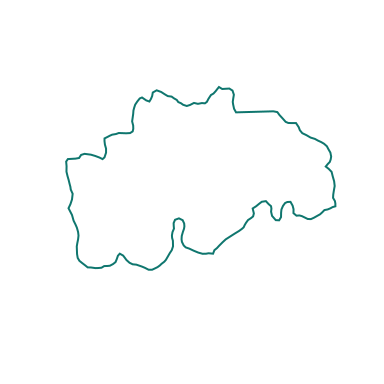 Jardinópolis, São Paulo, Brazil (Natural Earth projection), rotated 316°
{"feature_id": "56859067B66949220623796", "entity_name": "Jardinópolis", "entity_type": "district", "adm_level": 2, "iso_a3": "BRA", "parent_name": "Brazil", "parent_adm1": "São Paulo", "projection": "natural_earth1", "projection_center": [-47.828, -21.002], "detail": "fine", "context": "isolated", "style": "outline", "palette": "teal", "viewbox_px": 384, "rotation_deg": 316, "n_neighbors": 0, "source": "geoboundaries", "source_scale": "gbopen_adm2", "svg_char_len": 3083}
<svg xmlns="http://www.w3.org/2000/svg" viewBox="0 0 384 384"><g transform="rotate(316 192 192)"><path d="M237.2,94.3L232.9,93.2L230.0,95.3L227.2,96.5L224.2,97.3L222.7,94.3L221.7,89.3L219.4,88.4L215.5,88.9L211.8,89.7L208.8,91.3L206.5,92.7L203.9,95.0L200.7,97.5L198.0,99.6L195.8,103.4L193.6,105.8L191.4,107.2L188.4,106.6L185.4,104.0L182.9,101.4L180.3,98.7L177.6,97.5L174.4,95.3L171.9,94.4L169.5,93.7L166.3,92.7L164.5,94.5L162.3,97.4L160.3,101.1L157.5,104.0L153.1,106.3L150.5,106.2L149.4,103.0L147.4,98.8L145.2,94.9L141.2,89.9L138.0,88.3L134.4,89.1L131.3,87.0L125.6,82.1L122.6,82.7L119.7,86.3L115.8,90.2L113.5,94.1L111.6,97.7L109.6,101.1L108.1,103.8L106.5,106.0L104.9,110.4L100.5,114.0L96.1,116.3L91.9,117.9L89.7,125.2L86.9,130.4L85.6,134.5L84.4,137.7L82.3,141.6L80.1,144.5L77.2,146.9L74.0,149.1L71.3,151.1L66.2,156.8L64.0,160.0L63.2,163.3L63.6,166.6L64.2,170.6L64.6,173.8L66.8,176.0L69.7,179.7L71.8,181.6L74.3,183.6L77.4,184.3L79.7,186.4L81.7,188.0L85.2,189.0L88.3,189.3L91.5,187.9L94.4,186.4L97.2,186.2L98.3,189.9L98.0,192.5L97.6,195.4L97.9,199.5L99.1,202.8L101.5,205.6L104.1,210.7L105.4,213.7L106.8,217.8L109.3,220.2L111.9,221.1L115.0,222.1L117.8,222.5L120.1,222.5L123.6,222.9L126.0,222.7L129.9,221.6L133.7,220.5L137.0,219.8L140.6,217.9L144.4,213.8L145.8,211.2L147.4,209.3L150.1,207.3L153.6,205.8L155.3,203.7L157.2,201.6L160.5,200.2L164.3,201.9L165.7,205.8L164.5,209.2L162.7,211.4L160.7,212.9L157.7,214.4L154.1,216.5L151.6,218.8L150.1,220.9L148.9,224.7L149.0,227.5L150.7,230.8L152.4,235.3L154.4,239.9L156.7,243.8L159.3,246.2L161.4,247.6L164.3,251.0L167.7,249.4L171.0,249.7L174.2,249.5L179.0,249.4L183.4,249.5L187.4,250.3L190.9,251.0L194.3,251.7L198.7,252.7L202.3,253.2L204.6,253.3L206.9,252.4L209.4,251.7L212.8,251.1L216.5,251.8L219.0,252.0L221.6,250.4L224.2,246.0L228.2,246.8L232.0,247.1L235.4,247.5L238.8,249.9L238.7,253.8L239.0,257.1L237.6,259.1L235.2,261.1L233.0,264.8L232.7,270.4L235.0,272.9L238.6,271.9L241.7,268.8L244.2,266.7L247.8,265.2L251.3,264.6L253.6,265.4L256.0,267.5L254.9,271.7L253.1,274.9L250.3,277.7L250.7,281.6L253.0,283.5L254.3,285.7L255.5,289.0L256.5,291.8L258.7,294.1L261.8,295.2L264.1,295.8L266.4,296.4L268.6,297.0L271.4,297.1L274.7,297.0L277.5,298.8L280.3,299.9L282.6,300.5L285.2,301.9L287.1,299.9L288.5,297.8L289.4,294.2L291.9,291.9L295.2,289.4L298.8,286.8L301.7,283.0L304.1,278.5L306.4,274.5L306.4,270.3L305.9,266.6L309.0,266.2L312.0,266.1L314.4,264.9L316.7,263.2L318.9,259.8L319.8,256.2L320.8,252.8L320.5,249.0L319.6,245.8L318.3,242.5L317.3,239.2L315.1,235.2L313.8,230.6L312.2,226.3L312.5,222.5L313.8,219.5L314.7,214.7L311.9,212.0L309.2,209.2L308.1,206.6L308.3,201.8L308.4,197.4L308.9,193.8L306.6,190.5L279.0,165.3L280.1,161.3L282.4,157.6L283.9,155.5L286.6,153.4L289.7,151.1L291.6,147.2L290.7,143.5L287.9,141.1L285.3,138.9L284.3,135.2L281.8,135.5L279.0,135.9L275.8,136.1L273.0,135.4L268.6,136.4L265.3,137.5L262.9,137.2L260.9,134.9L257.5,132.7L255.3,129.3L251.0,128.0L248.0,126.5L246.2,123.1L245.7,120.4L244.6,117.8L245.0,115.2L244.1,112.1L243.6,109.2L241.2,106.2L240.3,102.9L239.3,98.6L237.2,94.3Z" fill="none" stroke="#0f766e" stroke-width="2"/></g></svg>